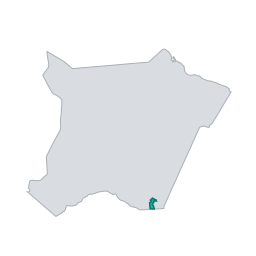 Suba North, Nyanza, Kenya shown in context, rotated 265°
{"feature_id": "3690345B53890832325743", "entity_name": "Suba North", "entity_type": "district", "adm_level": 2, "iso_a3": "KEN", "parent_name": "Kenya", "parent_adm1": "Nyanza", "projection": "albers", "projection_center": [34.283, -0.505], "detail": "fine", "context": "in_parent", "style": "filled", "palette": "teal", "viewbox_px": 256, "rotation_deg": 265, "n_neighbors": 0, "source": "geoboundaries", "source_scale": "gbopen_adm2", "svg_char_len": 3690}
<svg xmlns="http://www.w3.org/2000/svg" viewBox="0 0 256 256"><g transform="rotate(265 128 128)"><path d="M44.7,156.8L44.7,153.2L45.2,144.2L45.1,136.3L45.6,132.3L47.5,129.8L48.4,128.0L49.1,125.4L50.1,123.4L52.4,121.7L52.8,120.7L55.3,117.9L56.8,114.3L57.9,113.0L59.3,111.9L60.3,111.3L61.9,110.7L63.1,110.4L63.4,110.1L63.5,109.5L63.1,107.2L63.6,106.5L64.5,105.0L65.5,103.6L66.3,102.7L66.8,101.8L67.1,100.2L67.1,99.1L67.1,97.3L66.8,93.1L65.8,89.6L65.1,85.7L65.6,84.5L64.8,82.2L64.4,82.1L63.7,81.6L62.9,79.4L62.2,77.4L61.8,77.0L59.0,75.2L57.6,71.2L56.1,70.3L55.2,66.3L55.1,65.1L55.9,61.1L55.9,60.2L54.9,59.4L52.3,58.5L50.2,56.9L50.4,56.3L50.6,55.7L49.5,55.3L46.2,48.4L50.4,44.3L54.7,40.2L60.1,34.9L65.1,30.1L69.4,25.9L73.2,22.2L73.1,22.9L73.2,23.9L73.6,24.4L74.4,24.8L75.5,24.4L76.5,23.9L77.4,23.7L83.2,25.3L84.2,26.6L84.1,28.1L84.3,29.1L83.9,30.2L83.4,33.4L83.6,36.3L85.3,38.5L86.8,40.2L88.1,42.6L89.0,43.4L90.2,43.7L94.2,43.8L100.0,44.0L105.7,44.2L106.2,44.2L107.4,44.6L112.6,47.8L117.4,50.8L121.4,53.4L125.3,55.9L129.1,58.4L132.0,60.4L134.9,61.0L139.6,61.3L142.9,61.4L145.9,62.3L150.4,63.1L153.8,63.5L155.8,64.0L161.4,64.5L162.3,64.2L164.8,62.0L167.6,58.4L168.7,56.3L172.3,54.4L178.6,51.6L183.1,49.7L188.0,47.7L190.2,49.5L193.3,52.2L194.7,53.6L195.8,54.2L197.5,54.6L199.5,54.6L200.6,54.6L202.9,54.2L208.3,53.9L211.3,54.0L208.7,57.6L205.6,62.0L199.9,70.0L195.6,74.2L192.3,77.4L192.0,77.9L192.0,81.5L192.0,90.2L191.9,107.7L191.9,125.2L191.9,142.7L191.8,151.5L191.8,154.4L194.7,158.1L197.4,161.8L201.1,166.5L203.0,169.1L203.4,170.0L203.3,171.7L200.2,175.2L197.7,176.8L194.4,177.6L193.4,177.4L192.1,176.9L191.5,177.8L191.1,179.1L190.4,178.8L189.9,178.4L190.2,180.8L190.5,182.0L190.0,183.5L188.4,184.9L188.2,186.1L184.7,189.1L179.7,189.4L177.1,190.9L175.9,192.2L175.0,194.9L175.3,199.1L173.9,202.3L173.6,203.9L171.1,205.9L169.9,207.8L169.1,209.8L168.3,210.6L167.4,215.0L166.2,217.6L165.9,218.5L165.6,219.3L164.7,220.8L164.1,221.9L163.6,222.6L160.6,229.4L158.2,232.4L156.3,232.0L155.1,233.2L155.0,233.8L154.3,233.5L152.8,232.3L149.6,230.0L146.4,227.7L143.3,225.4L140.1,223.1L136.9,220.8L133.7,218.5L130.6,216.2L127.4,213.8L125.5,212.5L124.7,211.7L124.1,210.1L123.7,209.7L122.9,209.2L121.9,209.1L121.6,208.8L121.6,208.0L122.0,206.9L123.1,204.8L123.3,203.6L123.1,202.2L122.7,199.9L122.4,199.4L120.3,198.2L115.9,195.7L111.4,193.2L107.0,190.7L102.6,188.3L98.2,185.8L93.8,183.3L89.3,180.8L84.9,178.3L80.5,175.8L76.1,173.4L71.6,170.9L67.2,168.4L62.8,165.9L58.3,163.4L53.9,161.0L49.5,158.5L47.8,157.6L46.3,156.8L44.7,156.8ZM192.0,181.2L191.2,181.4L191.6,180.2L193.9,178.7L194.9,179.1L195.0,179.4L195.0,179.7L194.6,180.0L192.0,181.2Z" fill="#d9dde1" stroke="#a8b0b8" stroke-width="1"/><path d="M45.7,143.0L45.3,144.6L45.3,145.0L45.2,145.3L45.2,145.6L45.2,145.9L45.1,146.2L45.1,146.7L45.1,147.1L47.0,146.8L47.4,146.7L47.6,146.7L48.3,146.5L48.5,146.4L49.0,146.1L49.5,145.9L49.9,145.7L50.8,146.3L51.0,146.4L51.0,146.5L51.3,146.7L51.3,146.8L51.5,146.9L51.6,147.0L51.8,147.2L51.9,147.3L52.0,147.3L52.2,147.2L52.3,147.2L52.5,147.1L52.8,147.1L52.8,147.3L53.0,147.5L53.1,147.8L53.1,148.0L52.8,149.9L53.0,149.8L53.3,149.8L53.3,149.7L53.5,149.7L53.8,149.6L54.0,149.6L54.0,149.4L54.0,149.2L54.1,148.9L54.2,148.7L54.3,148.5L54.3,148.4L54.4,148.2L54.5,148.2L54.8,148.0L54.8,147.9L55.0,147.9L55.1,147.7L55.1,147.4L55.3,147.2L55.4,146.9L56.0,146.4L56.1,146.2L55.9,146.0L55.3,145.4L54.2,144.0L53.7,144.4L53.6,144.5L53.4,144.7L53.3,144.8L53.2,144.8L52.9,144.8L52.7,144.8L52.5,144.7L52.4,144.6L52.2,144.2L52.1,143.8L52.0,143.5L51.9,143.4L51.8,143.2L51.7,143.0L51.1,143.0L49.9,143.0L49.7,143.0L49.1,143.0L48.7,143.0L47.6,143.0L46.3,143.0L45.7,143.0L45.7,143.0Z" fill="#14b8a6" stroke="#0f766e" stroke-width="1.5"/></g></svg>